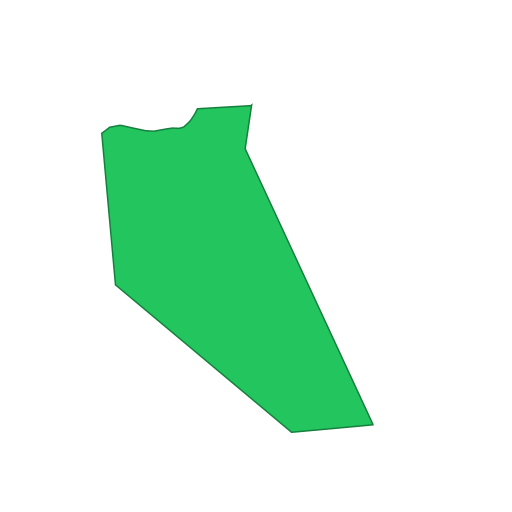 outline of Olibo, Laborie, Saint Lucia, rotated 39°
{"feature_id": "8701671B22058673565731", "entity_name": "Olibo", "entity_type": "district", "adm_level": 2, "iso_a3": "LCA", "parent_name": "Saint Lucia", "parent_adm1": "Laborie", "projection": "mercator", "projection_center": [-61.001, 13.777], "detail": "fine", "context": "isolated", "style": "filled", "palette": "green", "viewbox_px": 512, "rotation_deg": 39, "n_neighbors": 0, "source": "geoboundaries", "source_scale": "gbopen_adm2", "svg_char_len": 518}
<svg xmlns="http://www.w3.org/2000/svg" viewBox="0 0 512 512"><g transform="rotate(39 256 256)"><path d="M58.9,257.7L165.0,366.9L167.0,366.9L204.5,367.5L394.6,370.6L453.1,313.6L452.5,313.1L180.1,179.5L157.6,141.4L157.4,142.4L117.8,178.4L119.1,184.3L119.8,191.4L119.6,195.2L118.9,199.6L118.7,201.2L116.1,205.0L110.3,209.4L106.1,214.0L98.1,223.3L92.1,227.6L91.4,228.1L81.0,233.4L80.3,233.8L69.3,239.2L67.8,240.3L61.2,248.1L60.8,250.2L59.9,253.9L58.9,257.7Z" fill="#22c55e" stroke="#15803d" stroke-width="1.5"/></g></svg>